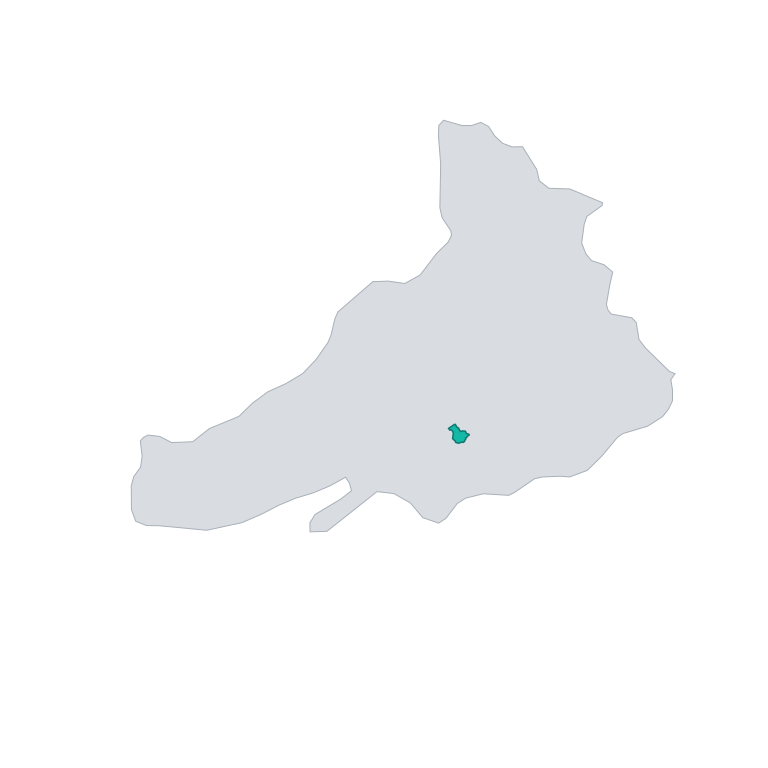 Villa Tapia, Hermanas, Dominican Republic shown in context, rotated 146°
{"feature_id": "3306468B10183104109049", "entity_name": "Villa Tapia", "entity_type": "district", "adm_level": 2, "iso_a3": "DOM", "parent_name": "Dominican Republic", "parent_adm1": "Hermanas", "projection": "albers", "projection_center": [-70.39, 19.285], "detail": "fine", "context": "in_parent", "style": "filled", "palette": "teal", "viewbox_px": 768, "rotation_deg": 146, "n_neighbors": 0, "source": "geoboundaries", "source_scale": "gbopen_adm2", "svg_char_len": 3533}
<svg xmlns="http://www.w3.org/2000/svg" viewBox="0 0 768 768"><g transform="rotate(146 384 384)"><path d="M136.5,503.3L137.4,476.5L141.6,465.6L137.9,454.1L120.9,441.8L110.6,426.0L101.4,412.0L103.5,410.0L122.1,409.5L128.7,404.5L141.3,390.3L143.9,378.9L142.9,370.2L134.9,359.8L131.8,348.9L141.9,339.4L155.1,325.6L156.9,320.3L156.6,315.0L141.5,300.3L140.5,294.0L147.7,278.2L147.1,267.6L140.3,234.7L137.0,229.8L143.8,227.1L148.3,217.4L154.3,208.7L162.2,204.1L171.2,201.2L188.9,201.6L213.5,209.3L220.4,209.2L244.0,202.4L263.6,198.7L282.0,203.1L289.5,209.0L304.7,218.4L312.3,221.3L336.3,221.1L342.9,222.0L363.1,237.5L380.1,243.7L390.0,244.0L407.7,238.0L416.5,238.1L426.6,251.5L428.6,270.5L437.1,287.7L450.0,298.7L513.7,293.8L528.0,302.8L523.1,310.3L514.2,314.4L483.9,312.8L470.6,313.7L468.0,321.3L468.0,328.2L485.7,329.8L503.1,333.2L520.9,338.7L538.9,342.3L559.2,344.7L579.3,348.5L612.8,361.9L650.0,392.5L660.0,399.4L666.6,409.1L663.6,421.0L650.6,440.8L643.2,447.2L632.4,451.1L625.0,459.2L617.9,473.0L613.5,474.2L608.3,473.7L599.3,466.0L592.8,454.2L574.9,443.1L553.7,444.7L522.4,438.3L503.5,441.7L484.6,442.5L465.2,439.2L445.7,438.1L426.3,442.4L407.5,449.6L400.5,454.2L388.4,465.4L382.0,469.5L336.1,475.1L322.9,466.9L310.6,455.7L293.0,454.2L267.4,462.8L251.4,465.8L244.8,469.5L242.9,473.8L242.8,489.4L239.1,498.9L214.0,534.7L199.7,559.9L193.9,567.7L187.1,569.3L174.9,554.7L167.1,549.4L157.4,546.7L153.3,538.9L153.5,527.9L151.1,517.2L145.1,508.8L136.5,503.3Z" fill="#d9dde1" stroke="#a8b0b8" stroke-width="1"/><path d="M355.8,293.7L355.3,293.2L354.9,293.1L354.5,292.9L354.3,292.8L353.9,292.8L353.1,292.7L352.8,292.7L352.6,292.6L352.4,292.5L352.2,292.4L351.5,291.6L351.3,291.5L351.0,291.4L350.8,291.4L350.6,291.3L350.1,291.3L349.7,291.3L349.4,291.4L349.2,291.4L349.1,291.5L348.8,292.0L348.7,292.1L348.4,292.2L347.8,292.3L347.6,292.4L347.3,292.5L346.9,292.7L346.8,292.8L346.7,292.9L346.6,293.2L346.5,293.4L346.5,293.5L346.4,293.5L346.0,293.6L345.0,293.6L344.6,293.7L344.3,293.8L343.9,294.0L343.5,294.0L343.0,294.1L342.1,294.0L341.8,294.3L341.7,294.5L341.7,294.8L341.8,295.0L342.0,295.3L342.6,296.0L342.8,296.3L343.0,296.5L343.3,297.1L343.3,297.3L343.3,297.5L343.2,297.9L343.1,298.1L343.0,298.3L343.0,298.5L343.0,298.8L343.0,299.1L343.0,299.3L343.1,299.5L343.2,299.8L343.4,299.9L343.6,300.0L343.8,300.1L344.1,300.3L344.8,301.0L345.1,301.2L345.3,301.3L345.5,301.4L346.3,301.4L346.5,301.5L346.8,301.6L346.9,301.8L347.0,301.9L347.1,302.0L347.1,302.3L347.1,302.6L347.1,303.9L347.1,304.5L347.0,305.0L346.9,305.2L346.8,305.5L346.8,305.8L346.9,306.0L347.2,306.2L347.3,306.4L347.3,306.6L347.3,306.9L347.3,307.0L347.7,307.6L347.8,307.8L347.8,308.0L347.7,308.4L347.6,308.7L347.5,309.2L347.5,309.8L347.5,310.2L347.5,310.6L347.6,310.8L347.8,311.0L348.0,311.1L348.3,311.1L350.3,311.1L355.3,311.1L355.3,309.7L355.3,309.4L355.3,309.2L355.2,309.1L355.1,308.9L354.9,308.9L354.6,308.8L354.4,308.7L354.2,308.5L354.0,308.3L354.0,308.1L353.8,307.5L353.6,307.0L353.5,306.8L353.5,306.6L353.5,306.4L353.5,306.1L353.5,305.9L353.6,305.6L353.9,305.1L354.0,304.7L354.3,304.3L354.4,303.9L354.5,303.7L354.8,303.4L355.0,303.2L355.6,302.8L355.6,302.7L355.9,302.3L356.1,302.1L357.3,300.9L357.4,300.7L357.5,300.5L357.6,300.3L357.6,300.0L357.6,299.7L357.5,299.3L357.5,299.1L357.3,298.8L357.2,298.6L357.2,298.4L357.1,297.7L357.0,297.3L356.8,297.0L356.8,296.8L356.8,296.6L356.9,296.3L357.1,295.9L357.1,295.7L357.1,295.4L357.1,295.2L356.9,294.9L356.6,294.7L356.4,294.5L356.2,294.4L356.0,294.2L355.9,294.1L355.8,293.7Z" fill="#14b8a6" stroke="#0f766e" stroke-width="1.5"/></g></svg>